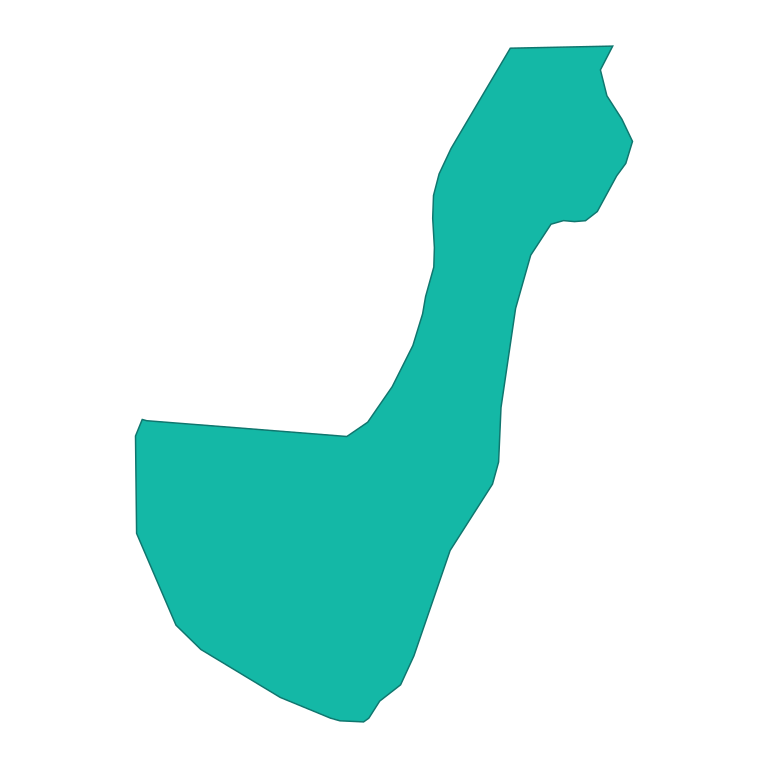 map outline of Zamboanga (Robinson projection)
{"feature_id": "PHL-4932", "entity_name": "Zamboanga", "entity_type": "Highly Urbanized City", "adm_level": 1, "iso_a3": "PHL", "parent_name": "Philippines", "parent_adm1": "", "projection": "robinson", "projection_center": [122.183, 7.185], "detail": "fine", "context": "isolated", "style": "filled", "palette": "teal", "viewbox_px": 768, "rotation_deg": 0, "n_neighbors": 0, "source": "natural_earth", "source_scale": "10m", "svg_char_len": 703}
<svg xmlns="http://www.w3.org/2000/svg" viewBox="0 0 768 768"><path d="M612.7,46.1L600.4,69.9L606.9,95.8L621.9,119.2L632.5,141.4L625.8,163.4L616.7,175.8L597.3,211.5L585.5,220.7L574.5,221.6L563.5,220.6L551.0,224.2L530.7,255.2L515.6,308.4L501.0,407.6L498.6,462.0L492.5,484.1L450.1,550.5L413.9,655.9L400.6,684.8L379.7,701.1L368.8,718.2L363.6,721.9L339.9,720.8L330.6,718.2L280.2,697.4L200.9,649.5L176.0,625.2L136.6,533.4L135.5,436.0L142.2,419.5L142.4,419.5L146.7,420.7L346.8,436.5L366.4,423.1L367.7,422.2L392.2,386.7L412.9,345.5L422.6,313.9L425.6,296.5L433.8,267.1L434.4,247.7L432.7,218.3L433.5,195.5L439.1,173.9L451.1,148.4L510.3,48.2L612.7,46.1Z" fill="#14b8a6" stroke="#0f766e" stroke-width="1.5"/></svg>